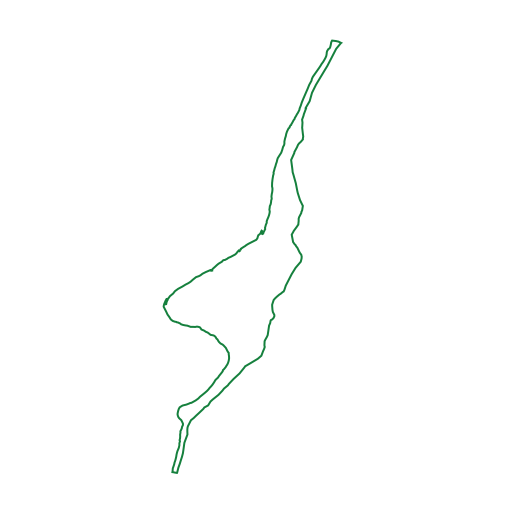 Dar al-Salam, Suhaj, Egypt, rotated 63°
{"feature_id": "37247803B4319107870519", "entity_name": "Dar al-Salam", "entity_type": "district", "adm_level": 2, "iso_a3": "EGY", "parent_name": "Egypt", "parent_adm1": "Suhaj", "projection": "equal_earth", "projection_center": [32.033, 26.274], "detail": "fine", "context": "isolated", "style": "outline", "palette": "green", "viewbox_px": 512, "rotation_deg": 63, "n_neighbors": 0, "source": "geoboundaries", "source_scale": "gbopen_adm2", "svg_char_len": 5784}
<svg xmlns="http://www.w3.org/2000/svg" viewBox="0 0 512 512"><g transform="rotate(63 256 256)"><path d="M98.6,90.4L98.7,90.6L99.9,92.1L101.0,92.9L102.4,94.0L103.7,95.2L104.4,96.2L104.5,97.6L105.7,99.6L106.7,100.5L108.0,101.3L109.6,102.5L110.8,103.9L112.3,106.1L113.5,108.0L114.7,110.4L116.2,112.8L118.2,116.5L120.4,120.7L122.1,123.9L123.4,125.6L125.1,127.1L127.6,130.8L130.9,134.6L133.1,137.3L137.4,142.5L139.9,145.4L142.3,147.8L144.3,150.1L145.6,151.1L146.6,152.5L147.6,153.9L148.3,155.2L149.4,156.7L150.6,158.7L151.4,159.4L152.1,160.9L153.8,163.3L154.5,164.5L155.2,165.2L155.2,165.8L155.6,166.5L156.0,167.2L156.3,167.4L156.7,167.7L156.9,168.2L157.1,169.1L158.3,170.7L159.2,171.9L161.0,173.7L162.8,175.1L164.3,176.6L165.6,177.7L167.0,178.8L168.8,179.7L169.9,180.6L171.1,182.4L173.3,184.4L175.4,186.6L177.5,190.2L178.7,192.2L179.6,193.1L180.5,193.9L181.6,194.8L183.1,196.4L184.9,198.0L186.2,199.4L187.8,200.8L189.6,202.5L190.7,202.9L192.2,204.3L193.7,205.4L195.2,206.5L196.9,207.6L198.1,208.4L201.2,210.1L203.1,210.6L204.5,211.3L206.5,212.6L207.8,213.7L210.0,215.2L212.1,216.0L212.7,216.5L213.2,217.1L214.0,217.6L215.5,218.6L216.7,219.6L217.8,221.0L219.5,222.1L220.7,223.0L222.7,223.6L224.1,224.6L225.6,225.9L227.1,227.5L228.5,229.2L229.9,230.7L230.8,231.1L231.4,231.5L232.6,233.0L234.3,234.5L235.0,235.2L236.2,235.6L236.7,236.3L237.5,237.4L238.3,238.5L239.3,239.4L239.3,240.4L238.7,240.7L238.3,240.0L237.2,239.8L236.4,239.3L236.0,239.5L236.5,240.3L237.5,241.3L238.2,242.6L238.6,244.6L239.5,245.5L240.9,246.8L241.7,248.4L241.7,257.2L241.9,259.8L242.2,261.1L242.3,262.7L242.5,264.5L242.7,266.3L243.3,266.6L243.5,268.0L244.2,268.3L244.2,268.7L243.3,269.0L244.0,270.8L244.8,272.4L245.2,274.0L245.3,279.1L245.1,281.4L245.4,283.0L245.4,285.5L245.0,286.6L245.0,287.6L245.6,288.9L245.7,290.3L245.8,292.2L246.0,293.5L246.4,295.2L246.9,296.9L247.5,299.2L247.8,300.3L248.2,301.3L248.5,301.3L249.1,301.6L248.8,302.6L248.1,302.5L247.8,302.9L247.8,303.8L247.6,306.7L247.5,307.9L247.5,311.7L248.0,314.3L248.0,316.2L247.6,319.0L248.4,322.9L249.2,325.9L249.5,328.5L249.5,331.8L249.8,335.4L249.9,340.2L250.5,344.0L251.0,345.2L251.8,346.8L252.7,350.9L253.8,353.0L254.4,354.2L255.0,354.6L255.2,355.1L256.4,356.5L257.0,357.0L258.1,357.9L258.0,358.3L257.4,358.2L257.1,357.9L256.5,357.8L255.8,357.0L255.3,356.4L255.0,355.7L254.4,355.0L253.8,354.9L253.7,355.2L254.2,356.0L254.9,357.0L257.2,359.7L257.9,360.3L258.5,360.8L259.3,361.3L261.0,361.3L263.5,361.3L265.1,361.3L268.0,361.4L270.5,361.0L272.4,360.8L273.8,360.7L276.0,359.7L277.6,358.2L278.6,356.9L279.2,356.6L279.8,355.7L280.6,355.1L281.4,354.4L282.9,353.7L284.4,352.2L285.8,350.4L286.9,348.8L288.5,347.3L289.5,346.4L290.3,344.7L291.0,343.5L291.7,342.2L292.1,340.7L292.9,339.6L293.6,338.8L294.3,338.3L295.7,338.1L296.7,338.0L297.7,337.2L298.5,336.4L299.5,335.8L300.8,335.1L301.7,334.3L302.3,333.8L303.7,333.1L304.9,332.6L305.7,332.2L306.3,331.4L306.9,330.6L307.6,329.8L308.4,329.3L309.4,328.9L310.5,328.7L311.4,328.8L312.9,328.2L314.2,328.2L315.8,328.0L317.9,327.3L319.7,326.0L320.9,325.5L322.7,325.0L324.1,324.6L325.8,324.6L328.3,324.6L329.9,324.3L331.4,325.0L332.7,325.4L334.9,326.4L336.6,327.6L337.6,328.5L338.7,329.6L339.7,330.9L340.4,332.2L341.2,333.4L342.3,335.9L342.7,337.3L343.6,338.0L344.4,339.6L345.2,341.4L346.1,343.4L347.1,345.1L347.6,346.9L348.1,348.5L349.4,350.5L350.2,351.9L351.0,353.4L351.8,355.3L352.5,357.3L353.2,358.7L354.0,360.9L354.7,363.7L355.2,366.0L356.0,369.8L356.8,372.1L357.3,375.3L357.5,380.2L357.1,381.4L357.1,382.5L357.0,383.5L356.9,384.6L356.7,386.0L356.3,387.5L355.9,389.4L356.0,390.8L356.2,392.7L357.2,394.2L358.7,395.7L360.3,397.0L361.3,397.7L362.6,398.1L363.3,398.2L364.1,398.3L365.7,398.1L367.0,397.6L368.3,397.1L370.1,397.1L372.2,397.2L373.4,397.8L374.7,399.5L375.9,400.4L377.2,402.0L377.8,402.9L379.1,403.5L380.7,404.7L382.6,405.6L384.2,406.6L385.4,407.7L386.5,407.8L388.1,409.3L389.9,410.2L391.9,411.9L393.2,413.4L394.2,414.6L395.5,415.8L396.8,416.9L398.6,418.2L399.8,419.2L401.5,420.7L403.0,422.3L404.5,423.5L405.8,424.8L407.4,426.5L409.5,427.8L410.6,428.6L411.3,427.6L411.9,426.9L413.4,424.9L413.2,424.6L409.3,421.2L406.5,418.2L403.4,415.2L401.4,413.2L398.6,410.7L395.8,408.7L389.9,404.6L383.9,398.1L381.5,397.0L379.5,396.0L377.9,395.0L376.8,394.0L372.8,388.5L372.1,385.1L371.0,381.6L370.2,378.7L368.3,372.3L367.5,370.8L367.4,366.5L365.0,362.6L364.2,359.7L362.7,352.5L360.8,347.2L359.6,344.7L358.5,339.8L357.7,338.3L355.4,331.9L353.2,324.0L350.1,317.1L349.3,315.6L349.3,314.7L349.0,309.8L348.4,301.0L347.3,296.5L344.1,293.0L342.5,291.0L341.0,289.5L340.5,289.4L339.3,289.0L335.8,287.0L335.0,286.0L333.0,283.0L331.8,281.5L329.0,279.5L323.9,275.9L322.3,273.9L320.3,272.4L319.9,271.9L319.9,270.4L319.2,268.5L318.4,267.5L318.0,267.0L316.8,266.4L314.8,266.4L313.6,266.4L313.2,266.3L311.5,265.8L307.9,264.3L306.7,263.7L303.2,260.2L302.4,258.2L301.7,255.8L300.9,252.4L300.9,251.4L300.2,248.4L300.2,247.5L299.0,246.0L295.9,242.9L288.4,232.5L284.5,226.1L281.8,219.6L281.4,218.7L279.0,216.6L277.4,215.6L275.4,215.1L273.0,215.5L271.7,215.5L271.4,215.5L267.3,215.4L265.7,215.8L264.1,215.8L263.3,216.2L260.4,216.6L253.2,214.5L251.2,211.5L250.8,211.0L248.1,205.6L247.7,205.1L247.3,204.1L245.7,203.1L244.2,202.1L242.2,201.1L241.0,200.0L238.2,196.1L237.4,195.6L236.2,194.1L232.6,191.5L230.6,191.5L226.2,191.4L218.9,190.2L216.9,189.7L211.3,188.1L209.2,187.5L200.8,185.8L198.0,185.3L195.2,184.2L186.4,181.1L181.6,175.1L180.8,174.6L177.7,170.1L176.1,168.2L175.3,166.7L174.6,164.2L173.4,161.3L173.0,161.2L171.0,159.7L168.2,158.7L162.6,156.6L161.8,156.1L158.2,154.0L155.4,153.0L152.6,150.0L151.4,149.0L147.2,144.4L146.7,144.6L142.4,137.9L136.0,132.0L130.7,124.9L122.2,111.3L119.0,106.1L107.8,90.5L105.1,84.3L104.9,84.0L104.8,83.4L102.3,85.3L101.6,86.2L100.9,87.0L98.6,90.4Z" fill="none" stroke="#15803d" stroke-width="2"/></g></svg>